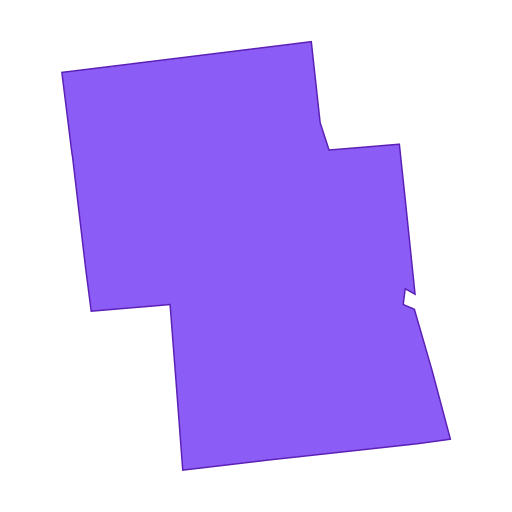 Stark, Ohio, United States of America, rotated 263°
{"feature_id": "52423323B51569510980228", "entity_name": "Stark", "entity_type": "district", "adm_level": 2, "iso_a3": "USA", "parent_name": "United States of America", "parent_adm1": "Ohio", "projection": "albers", "projection_center": [-81.371, 40.812], "detail": "fine", "context": "isolated", "style": "filled", "palette": "violet", "viewbox_px": 512, "rotation_deg": 263, "n_neighbors": 0, "source": "geoboundaries", "source_scale": "gbopen_adm2", "svg_char_len": 471}
<svg xmlns="http://www.w3.org/2000/svg" viewBox="0 0 512 512"><g transform="rotate(263 256 256)"><path d="M50.5,426.6L120.3,416.9L183.8,406.7L189.9,396.2L205.3,400.1L198.7,409.2L293.4,411.0L349.5,411.9L352.3,341.4L380.6,335.9L462.0,337.0L461.9,171.9L461.9,169.2L461.9,85.7L391.0,85.8L382.2,85.8L376.8,86.0L264.2,85.4L238.2,85.6L221.3,85.7L218.3,164.8L133.6,161.0L52.4,157.2L52.0,242.5L50.0,394.7L50.5,426.6Z" fill="#8b5cf6" stroke="#5b21b6" stroke-width="1.5"/></g></svg>